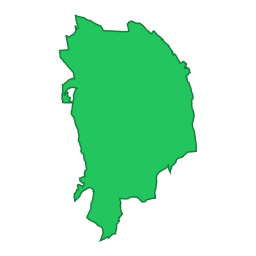 Oniceni, Neamt, Romania
{"feature_id": "2599482B19733002831114", "entity_name": "Oniceni", "entity_type": "district", "adm_level": 2, "iso_a3": "ROU", "parent_name": "Romania", "parent_adm1": "Neamt", "projection": "albers", "projection_center": [27.161, 46.781], "detail": "fine", "context": "isolated", "style": "filled", "palette": "green", "viewbox_px": 256, "rotation_deg": 0, "n_neighbors": 0, "source": "geoboundaries", "source_scale": "gbopen_adm2", "svg_char_len": 5630}
<svg xmlns="http://www.w3.org/2000/svg" viewBox="0 0 256 256"><path d="M187.1,152.4L188.5,152.0L194.5,151.5L196.2,151.2L196.3,147.6L196.1,145.0L194.6,133.3L194.1,131.0L192.6,127.3L192.5,125.7L192.3,124.3L192.6,122.4L193.5,119.0L194.0,115.9L194.0,114.8L193.5,112.2L192.3,108.9L191.7,106.0L191.7,104.0L191.9,102.6L191.7,102.2L191.6,101.1L192.0,99.4L192.6,99.1L192.7,98.1L192.9,97.8L192.9,95.7L191.5,91.6L190.6,87.5L189.5,85.0L189.1,82.9L189.0,82.6L188.0,82.4L187.6,81.9L187.2,80.3L187.0,78.3L186.0,77.3L185.8,76.7L185.9,76.4L186.8,76.1L187.0,75.5L187.5,75.2L188.1,74.6L188.6,73.5L189.5,72.9L189.9,72.9L190.1,72.7L190.1,72.4L189.7,71.9L189.5,71.4L189.5,70.6L189.4,70.2L189.3,69.6L188.9,69.5L188.7,69.0L188.7,68.5L188.5,68.3L187.9,68.0L187.3,68.5L186.6,67.7L186.3,67.7L186.0,67.7L185.6,68.3L184.4,68.1L184.4,67.6L184.6,67.4L184.8,67.6L185.6,66.7L185.2,66.7L185.7,65.7L185.5,65.4L185.8,65.2L185.9,64.8L186.4,64.3L185.8,63.2L185.6,63.0L185.0,63.2L183.7,61.4L180.3,63.2L175.6,55.1L174.8,54.0L173.5,55.0L172.7,53.7L172.5,53.9L172.0,53.2L172.8,52.7L172.0,51.7L172.4,51.4L168.9,46.8L169.2,46.6L167.7,44.6L167.4,44.8L164.6,42.1L164.3,42.0L162.4,38.9L161.8,39.5L160.9,38.0L160.0,36.8L158.9,36.0L157.4,35.4L155.3,32.4L153.6,30.9L153.4,31.0L152.2,32.8L151.8,33.1L151.1,33.6L150.6,33.5L148.5,31.3L146.5,29.9L143.8,26.5L142.1,24.9L139.4,23.1L137.3,23.1L136.1,23.4L135.0,22.7L131.7,21.1L130.8,21.2L130.0,21.9L128.9,22.1L128.2,23.4L127.3,24.0L128.5,28.7L128.8,32.0L128.6,31.7L128.1,31.6L121.6,31.6L111.7,31.0L104.1,30.8L103.6,30.2L102.7,29.7L102.5,29.0L100.7,25.9L98.6,25.2L96.3,24.2L92.7,22.2L91.5,21.3L90.0,20.4L89.3,20.3L88.4,20.5L88.1,20.4L83.6,17.6L81.6,17.3L77.2,16.2L75.8,15.4L75.5,15.4L76.3,20.5L77.0,23.4L77.3,23.9L77.4,24.3L78.4,27.9L77.1,29.0L76.1,27.8L76.1,26.8L75.8,26.0L75.6,25.9L75.4,25.9L75.3,26.1L75.6,28.5L76.1,29.9L75.0,32.5L74.4,33.3L72.8,34.7L72.1,35.1L71.5,35.2L69.5,36.8L69.0,36.9L68.1,36.7L67.0,35.9L66.1,35.8L66.4,37.7L67.0,40.2L67.0,40.7L68.5,48.1L68.5,48.7L68.4,49.4L67.7,49.6L67.3,50.0L59.7,50.5L60.0,53.0L60.3,57.4L60.8,58.0L62.1,59.0L63.0,60.3L63.9,61.8L65.5,63.2L68.6,67.2L71.4,70.2L73.5,72.7L74.0,76.2L74.6,78.3L74.5,78.9L72.4,78.4L69.4,79.6L63.7,84.5L62.5,84.7L62.8,86.0L62.6,88.8L62.8,91.7L62.4,93.2L62.2,93.5L62.1,94.4L62.0,95.8L62.3,96.6L62.0,99.0L62.9,100.4L62.7,100.8L62.7,101.7L62.6,102.3L63.9,102.7L67.5,102.7L68.2,102.9L68.5,102.6L72.2,102.8L72.4,101.9L71.2,101.8L70.7,101.4L69.3,101.3L69.3,100.8L69.6,100.3L69.5,100.0L70.2,98.2L70.2,97.7L69.6,97.4L67.8,97.1L67.8,96.2L67.5,94.4L67.9,93.1L67.8,92.3L67.5,92.2L66.1,92.7L65.7,93.8L64.9,94.9L64.1,94.9L64.0,94.4L65.0,92.5L65.4,92.3L66.0,91.0L67.0,89.9L67.4,89.0L68.3,88.6L69.3,88.5L69.3,88.0L70.4,87.8L71.3,87.4L74.0,87.4L74.4,87.7L75.8,87.7L76.9,88.4L76.1,88.9L75.6,89.7L74.2,93.2L73.5,95.4L73.7,98.2L72.2,107.5L72.2,108.8L71.9,110.0L71.6,110.6L71.5,111.3L71.3,112.0L71.4,113.7L71.8,114.9L73.7,117.3L74.5,119.6L74.9,121.4L75.0,122.5L76.0,125.4L78.1,130.0L78.2,131.9L78.9,134.7L78.8,135.4L79.1,136.8L78.7,138.3L78.7,139.0L78.4,139.9L78.4,140.7L78.7,141.5L79.8,143.4L80.0,144.9L80.7,146.5L81.4,148.9L81.2,149.6L80.9,150.3L80.9,151.0L81.1,151.7L81.9,153.1L83.1,153.6L83.6,154.5L84.2,159.0L84.5,159.4L84.5,160.1L85.0,161.1L85.8,162.3L85.8,163.8L85.9,165.1L86.1,165.6L86.1,166.8L86.6,168.7L85.9,170.2L85.0,170.9L84.8,171.5L84.8,172.9L84.4,173.5L84.3,174.3L84.5,175.0L85.2,176.0L85.2,176.4L84.7,176.4L83.5,177.0L82.1,177.2L81.2,177.7L80.4,178.3L79.7,178.3L79.9,180.6L80.2,180.7L81.3,181.8L81.6,182.3L82.5,183.0L82.9,183.1L83.8,182.6L84.3,183.2L84.0,184.5L83.4,185.6L82.8,186.0L82.5,187.1L81.4,185.7L80.6,185.5L80.4,185.2L79.8,184.9L78.3,184.5L77.6,185.0L77.5,185.9L78.3,188.3L78.3,188.9L78.1,189.2L78.0,189.6L76.8,189.8L77.1,190.7L76.3,191.3L76.0,192.0L75.5,192.4L75.3,193.1L74.5,193.9L75.1,194.9L74.4,194.4L74.4,195.6L74.2,196.3L74.2,197.1L74.9,201.0L79.1,197.0L80.0,195.8L81.0,193.2L81.8,192.2L83.0,191.1L84.4,190.2L86.2,189.3L87.3,188.4L88.6,187.9L89.7,187.5L91.2,187.8L93.8,190.5L94.0,190.9L93.1,191.5L93.6,192.5L93.7,193.7L92.8,199.1L92.2,201.4L91.0,203.8L91.0,207.6L90.6,209.1L89.8,211.0L89.0,212.8L88.6,213.8L87.7,215.4L87.3,216.5L87.0,217.0L87.0,217.8L87.9,218.2L88.5,219.3L90.2,220.0L90.6,220.5L93.9,221.9L95.6,222.9L98.3,225.7L101.2,226.8L102.2,227.8L102.8,229.5L103.1,232.2L102.8,233.7L101.7,237.5L100.3,240.6L104.1,239.0L105.4,237.9L107.2,237.0L107.3,237.4L108.8,238.2L109.3,237.4L109.6,236.7L110.4,236.0L111.2,235.6L112.2,234.5L113.3,234.1L115.6,233.6L115.3,232.2L115.9,231.1L116.4,228.7L116.6,226.3L116.5,224.4L116.7,224.0L117.4,223.4L117.8,222.9L118.0,222.1L119.4,221.2L119.4,220.8L118.3,220.2L118.5,219.6L119.6,218.0L119.5,216.9L119.9,216.9L120.6,215.9L122.4,214.0L121.7,212.8L120.9,210.3L120.6,209.3L120.6,207.2L120.3,205.0L120.9,203.4L120.9,203.1L119.7,199.1L119.7,198.9L121.5,198.6L124.8,198.9L128.0,198.7L130.1,197.3L131.7,197.0L133.7,197.0L134.8,196.9L137.1,197.4L137.9,197.9L139.4,199.0L140.9,201.0L141.9,201.8L142.6,201.9L145.0,201.6L145.7,201.2L146.5,199.8L146.9,199.6L147.7,199.6L150.8,198.8L152.1,198.2L153.2,198.4L153.8,198.1L154.5,198.4L155.1,198.3L155.5,197.4L155.5,197.1L155.2,196.0L154.7,192.5L154.8,191.8L155.8,188.5L155.9,187.9L155.9,186.5L156.4,184.3L156.6,181.0L156.3,177.3L156.6,176.1L157.8,173.8L159.7,171.6L161.4,170.9L162.9,169.7L164.8,168.8L166.1,168.1L168.0,166.0L168.4,165.2L168.6,165.8L168.7,166.9L168.6,167.9L168.9,169.1L169.2,170.1L170.2,172.3L170.5,169.9L171.6,167.8L171.6,166.3L171.8,166.0L172.9,165.3L173.5,164.5L175.8,162.3L176.1,160.8L176.3,160.2L176.4,159.8L176.7,159.2L179.3,157.7L181.5,157.5L183.4,156.1L184.1,154.9L184.9,154.6L185.7,154.0L187.1,152.4Z" fill="#22c55e" stroke="#15803d" stroke-width="1.5"/></svg>